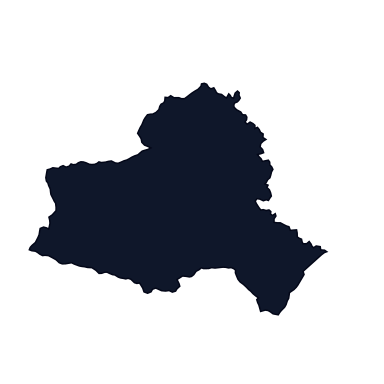 São Pedro do Turvo, São Paulo, Brazil, rotated 285°
{"feature_id": "56859067B64478700052962", "entity_name": "São Pedro do Turvo", "entity_type": "district", "adm_level": 2, "iso_a3": "BRA", "parent_name": "Brazil", "parent_adm1": "São Paulo", "projection": "orthographic", "projection_center": [-49.764, -22.69], "detail": "fine", "context": "isolated", "style": "filled", "palette": "ink", "viewbox_px": 384, "rotation_deg": 285, "n_neighbors": 0, "source": "geoboundaries", "source_scale": "gbopen_adm2", "svg_char_len": 4022}
<svg xmlns="http://www.w3.org/2000/svg" viewBox="0 0 384 384"><g transform="rotate(285 192 192)"><path d="M142.0,64.7L138.8,65.5L133.7,62.9L130.7,60.3L127.8,61.9L125.1,62.9L121.9,63.1L119.2,63.1L119.7,60.6L119.7,57.7L117.5,54.8L114.6,55.0L111.2,55.4L108.3,55.0L102.7,53.8L99.0,51.3L96.6,50.1L94.1,49.8L93.8,52.4L94.3,56.1L93.6,58.6L92.6,61.0L91.9,64.1L92.8,66.3L93.4,69.8L92.5,73.8L91.4,78.2L89.3,82.1L89.0,85.2L89.9,88.3L91.5,91.8L92.5,94.0L91.9,96.9L91.7,99.1L91.4,102.3L91.6,105.0L92.0,107.6L92.1,110.8L93.0,114.9L91.5,119.5L89.3,123.3L90.1,125.8L91.9,128.4L92.6,130.7L92.1,133.0L91.6,136.6L91.9,138.9L90.7,142.8L90.5,145.1L90.8,148.1L90.9,150.5L92.1,152.6L91.9,155.6L89.5,159.9L89.4,162.4L90.5,164.9L88.7,166.9L86.4,169.3L83.1,171.5L82.7,175.3L85.0,178.3L87.8,179.0L89.8,181.8L89.4,184.6L88.8,188.1L89.5,192.1L90.9,195.4L90.2,198.9L92.0,201.8L94.5,202.5L97.8,204.6L100.1,203.2L103.6,200.2L106.4,202.8L108.4,204.6L109.0,208.2L109.3,211.5L110.3,213.4L112.6,215.1L116.5,216.5L118.6,218.8L121.2,220.7L121.0,223.0L122.4,227.9L124.0,230.5L124.5,233.9L126.5,239.0L127.4,241.3L128.0,244.1L128.1,246.9L129.1,249.4L128.8,252.0L127.8,254.3L125.2,254.8L122.7,256.6L119.6,259.0L117.6,261.7L116.0,265.7L114.1,269.3L112.4,272.0L111.4,274.4L109.5,277.4L108.0,280.7L106.9,283.6L104.8,282.4L102.1,284.1L100.2,285.8L98.0,287.1L94.4,289.2L96.9,293.4L97.2,296.2L96.5,298.8L95.3,301.8L95.7,307.1L98.3,307.9L100.5,308.9L104.8,311.3L107.5,312.0L111.6,312.2L114.3,312.9L120.0,312.2L124.1,315.7L126.9,317.3L129.4,318.3L141.3,321.6L144.1,319.8L165.0,333.4L167.8,335.6L169.2,337.6L170.1,335.1L169.4,331.3L172.4,330.0L172.0,325.9L169.6,323.9L170.7,321.9L172.5,320.5L174.5,318.0L171.8,316.2L170.7,312.7L172.4,311.2L174.8,310.0L175.1,307.4L175.9,305.3L179.6,304.2L182.5,302.8L181.6,300.2L180.4,296.9L183.6,294.6L183.6,292.2L184.2,289.2L185.1,285.4L184.3,282.2L183.9,279.1L187.3,278.2L190.5,279.3L192.6,278.0L190.2,275.9L191.0,273.6L193.5,273.2L194.6,271.0L193.3,268.4L193.4,265.4L192.4,263.1L194.4,260.5L197.4,257.2L199.6,255.4L202.4,256.5L202.7,259.3L202.0,263.2L203.7,265.7L203.6,268.0L206.0,268.7L208.6,269.7L211.6,268.1L214.1,266.2L215.8,263.2L218.3,263.7L218.7,260.3L220.6,261.3L223.6,262.0L225.9,263.6L228.7,263.7L231.9,263.6L234.8,264.3L237.0,262.4L238.3,260.2L241.0,259.3L242.5,257.5L241.1,254.7L239.8,252.1L242.1,250.0L243.3,247.8L245.2,245.6L246.8,248.6L248.5,251.0L251.3,249.2L253.2,246.1L256.6,245.9L259.5,247.6L261.9,249.8L263.0,246.4L266.5,245.7L267.4,242.7L269.7,240.8L271.4,238.5L269.6,236.3L272.7,235.5L273.9,233.1L274.6,230.0L271.8,227.8L273.3,225.1L275.9,226.0L278.5,225.6L280.3,223.8L279.7,220.8L281.9,218.4L283.0,213.8L284.8,210.7L287.0,209.8L289.2,210.3L290.7,212.4L292.6,213.5L295.2,214.3L297.7,212.3L300.2,211.9L301.3,209.8L298.7,208.1L295.5,207.9L293.3,207.9L293.6,205.4L295.2,204.0L296.3,202.1L293.8,201.5L291.7,200.9L292.6,198.3L293.9,195.3L293.6,192.0L294.3,189.9L296.0,188.5L298.3,186.1L296.5,183.5L297.5,180.8L299.9,178.3L300.2,175.7L298.9,173.2L296.5,173.3L294.5,172.2L292.7,171.2L290.1,168.6L287.4,166.2L285.2,164.5L282.8,162.7L280.3,160.7L279.4,157.8L279.7,154.8L278.4,150.2L279.5,146.5L277.0,144.5L276.5,141.5L273.0,142.1L270.8,141.6L268.8,139.4L266.4,138.7L263.0,138.7L259.6,136.7L257.0,133.8L256.4,131.7L255.1,129.0L251.7,127.6L248.9,126.8L246.3,126.5L244.0,126.2L240.9,125.3L237.4,124.7L234.6,124.3L232.3,127.0L230.3,129.1L227.0,130.7L225.0,134.0L224.6,137.4L223.9,140.8L221.8,138.5L220.0,135.5L218.6,133.3L215.9,131.4L214.0,130.2L212.0,127.2L210.0,124.8L207.8,122.7L206.0,120.7L204.5,118.2L202.6,115.9L200.6,113.2L200.2,110.4L201.1,106.1L199.9,103.2L198.5,100.8L197.0,96.8L197.0,94.3L195.1,92.9L193.5,90.8L192.6,88.1L192.2,85.7L192.8,82.0L192.9,79.3L192.4,76.8L190.8,74.6L188.7,73.0L187.6,70.1L187.8,67.9L185.2,66.7L183.4,63.9L184.1,60.7L182.3,58.3L180.3,57.2L179.9,55.0L179.4,51.3L177.4,48.9L176.0,46.4L173.2,46.6L168.0,47.1L164.9,48.5L163.4,50.5L161.1,51.9L158.2,54.3L155.1,55.5L153.1,56.4L151.4,57.9L149.4,59.7L147.4,61.4L145.8,63.2L142.0,64.7Z" fill="#0f172a" stroke="#020617" stroke-width="1.5"/></g></svg>